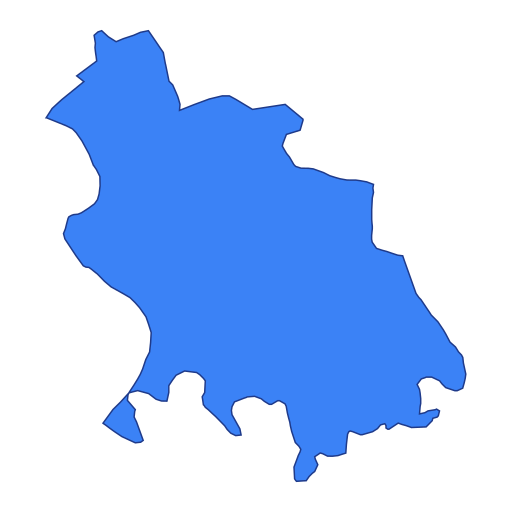 outline of Basyun, Al Gharbiyah, Egypt
{"feature_id": "37247803B14729269607977", "entity_name": "Basyun", "entity_type": "district", "adm_level": 2, "iso_a3": "EGY", "parent_name": "Egypt", "parent_adm1": "Al Gharbiyah", "projection": "robinson", "projection_center": [30.832, 30.96], "detail": "fine", "context": "isolated", "style": "filled", "palette": "blue", "viewbox_px": 512, "rotation_deg": 0, "n_neighbors": 0, "source": "geoboundaries", "source_scale": "gbopen_adm2", "svg_char_len": 3795}
<svg xmlns="http://www.w3.org/2000/svg" viewBox="0 0 512 512"><path d="M303.0,119.2L285.2,104.4L252.5,109.4L235.7,99.3L229.4,95.9L227.3,95.9L222.2,95.9L209.3,99.0L194.1,104.6L189.1,106.6L179.5,110.4L180.0,104.3L178.5,99.0L177.9,97.1L177.6,96.2L172.7,84.9L169.0,81.2L165.6,64.6L165.3,63.5L163.3,52.5L159.3,46.7L156.0,41.8L148.4,30.7L140.5,32.3L133.6,35.3L123.3,38.7L116.1,41.7L108.3,36.8L101.7,30.7L98.0,31.9L94.1,35.3L95.4,43.2L95.0,47.5L95.3,50.5L95.7,53.7L96.1,56.2L96.7,61.0L76.7,75.9L83.9,81.6L61.8,99.6L57.5,103.5L52.1,108.5L46.2,117.7L46.3,117.7L59.2,122.9L66.3,125.8L72.5,128.9L76.2,132.7L82.0,141.0L89.2,154.3L93.4,165.3L93.5,165.3L96.4,169.5L97.0,170.7L99.9,176.5L100.1,185.9L99.7,189.1L99.1,194.0L97.5,199.6L94.5,203.8L88.4,208.3L81.4,212.8L78.0,214.2L73.7,214.6L73.1,214.8L71.4,215.4L68.9,216.8L68.1,218.3L66.6,223.9L65.4,228.8L63.5,233.6L64.9,238.9L76.1,255.9L83.3,265.8L85.9,267.1L88.9,267.4L91.4,269.2L95.7,272.7L97.2,273.8L104.6,281.4L111.1,286.9L123.5,293.8L130.0,297.6L135.2,302.7L139.6,307.7L146.0,316.8L148.5,324.0L148.9,325.2L149.8,328.1L149.9,328.3L151.2,332.6L150.6,342.7L149.6,352.0L145.8,359.5L142.6,369.1L140.3,374.3L137.7,379.0L134.0,385.0L129.4,392.0L128.9,392.9L132.9,391.8L137.7,390.6L148.7,393.6L156.0,399.2L161.5,401.0L166.9,401.1L168.8,392.4L168.8,385.7L170.0,383.8L172.4,380.2L176.1,375.2L184.6,371.0L196.6,372.5L199.8,374.7L203.5,378.4L205.3,380.8L204.7,392.5L202.2,396.8L202.8,400.5L203.4,404.8L204.1,405.4L205.3,407.3L208.3,409.7L212.2,413.4L215.6,416.5L224.7,425.8L227.2,429.5L230.8,433.2L235.7,435.6L241.1,435.0L239.9,428.9L232.0,414.7L231.4,410.4L232.0,406.7L234.5,401.8L235.7,401.4L244.2,398.1L246.1,397.5L247.3,396.9L254.6,396.3L261.3,398.8L264.3,401.3L269.2,404.3L271.6,404.3L277.7,400.7L279.5,400.7L285.0,403.8L286.2,406.2L287.4,413.0L288.6,417.9L289.8,422.2L290.4,425.9L291.7,431.5L295.3,442.5L298.9,446.2L300.8,449.3L300.1,451.8L298.3,455.5L296.5,460.4L294.0,467.1L294.6,478.8L295.9,480.7L296.5,481.3L303.7,480.8L306.2,480.7L309.2,476.4L312.3,473.3L314.7,471.5L317.8,464.7L315.3,459.2L314.7,456.7L317.6,454.8L320.2,453.0L322.7,453.7L327.5,456.1L332.4,456.2L337.9,455.6L342.5,454.1L345.8,453.1L346.4,444.5L346.7,441.7L347.6,434.1L348.9,431.6L350.1,431.0L352.5,431.6L360.4,434.7L362.2,434.7L372.6,431.7L377.5,428.6L380.5,424.9L384.8,423.7L386.0,425.5L386.0,428.0L387.8,429.2L389.0,429.2L398.2,423.1L401.8,424.4L406.1,425.6L411.5,427.5L426.1,426.9L427.6,425.4L432.2,420.7L432.8,418.3L437.1,417.1L437.8,416.4L438.3,415.8L439.5,410.9L436.5,409.1L435.3,409.7L428.0,410.9L424.9,412.7L419.5,413.9L420.1,406.6L420.7,403.5L420.7,400.6L420.7,398.6L420.1,393.0L419.5,389.4L417.1,384.4L421.3,378.9L425.0,377.7L426.2,377.1L431.7,377.1L439.6,380.8L442.0,383.9L445.7,387.6L454.8,390.7L457.2,390.7L462.7,388.2L464.2,382.8L464.5,381.5L465.2,378.4L465.8,374.1L463.4,363.0L462.8,357.5L461.5,355.0L458.5,351.9L455.5,347.0L451.0,343.0L450.0,342.1L445.8,334.1L443.3,329.8L437.9,321.8L431.2,315.0L430.0,313.1L421.0,299.7L418.8,297.4L416.0,293.4L404.4,260.8L402.7,255.8L397.8,255.2L392.3,253.4L386.8,251.5L382.0,250.2L376.5,248.4L372.2,242.2L371.6,239.2L371.6,235.5L372.3,228.7L372.3,226.2L372.0,223.5L371.7,219.5L371.7,214.6L371.7,209.6L372.3,197.9L373.5,192.4L372.9,188.1L373.5,184.4L369.4,182.9L366.8,181.9L360.2,180.7L355.9,180.1L350.4,180.1L346.8,180.0L340.1,178.8L335.8,177.6L329.7,175.7L323.6,172.6L313.3,168.9L308.4,168.3L301.1,168.2L295.6,166.4L293.8,164.5L289.5,157.1L286.5,153.4L284.1,149.3L282.3,146.1L282.9,143.6L286.4,134.4L300.1,130.2L303.0,120.3L303.0,119.2ZM103.0,423.2L103.6,423.7L105.4,424.9L110.3,428.6L114.6,431.7L121.9,436.6L135.3,442.8L140.7,442.2L143.2,440.4L136.5,421.9L134.1,417.0L134.7,411.5L135.3,409.6L134.5,408.7L127.4,400.4L128.0,394.8L128.9,392.9L120.6,402.0L113.0,409.5L103.0,423.2Z" fill="#3b82f6" stroke="#1e3a8a" stroke-width="1.5"/></svg>